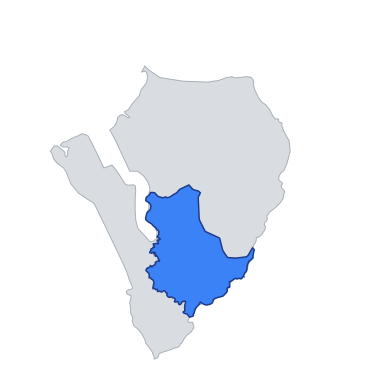 where Tambacounda sits in Senegal, rotated 64°
{"feature_id": "SEN-779", "entity_name": "Tambacounda", "entity_type": "Region", "adm_level": 1, "iso_a3": "SEN", "parent_name": "Senegal", "parent_adm1": "", "projection": "natural_earth1", "projection_center": [-13.251, 14.045], "detail": "fine", "context": "in_parent", "style": "filled", "palette": "blue", "viewbox_px": 384, "rotation_deg": 64, "n_neighbors": 0, "source": "natural_earth", "source_scale": "10m", "svg_char_len": 8014}
<svg xmlns="http://www.w3.org/2000/svg" viewBox="0 0 384 384"><g transform="rotate(64 192 192)"><path d="M286.6,176.5L290.7,184.7L289.8,188.6L288.9,194.3L291.2,198.5L293.9,201.2L295.9,203.7L298.0,207.2L298.4,214.0L298.0,219.0L299.4,221.2L300.6,224.1L300.4,226.4L299.6,228.5L297.0,231.3L296.5,236.4L300.8,242.6L303.5,246.0L303.5,247.9L304.2,250.1L306.3,252.6L307.5,252.0L308.8,249.9L309.4,248.5L313.1,249.2L314.8,249.8L317.2,253.9L318.0,256.6L318.6,260.0L321.0,264.2L323.2,267.2L323.6,269.1L325.5,271.6L324.4,277.2L324.5,280.1L323.2,287.6L322.9,291.2L323.0,292.5L325.9,295.2L325.6,299.0L322.7,298.3L317.6,297.9L307.4,299.8L303.8,299.0L297.1,299.3L292.4,300.4L286.3,302.9L281.6,302.3L279.0,300.3L275.7,300.4L271.9,299.4L267.9,297.5L264.2,296.6L260.2,293.1L258.4,292.5L257.1,293.4L256.0,294.5L254.8,295.2L252.7,294.6L251.9,292.3L252.6,290.0L252.8,288.3L251.7,287.3L249.3,287.0L245.4,287.0L239.1,286.3L237.7,285.8L223.6,285.3L208.9,285.2L196.5,285.1L180.9,285.0L169.9,285.0L159.6,284.9L151.7,289.6L143.1,294.6L131.5,297.3L118.2,296.3L114.0,297.0L109.6,299.2L106.3,300.8L101.8,301.8L95.8,301.0L93.5,301.5L92.0,299.2L90.3,295.5L91.4,292.8L95.0,291.1L100.4,288.8L103.2,289.9L104.9,290.0L105.2,288.5L104.7,287.8L100.6,285.8L98.5,283.1L96.7,284.7L95.2,287.9L93.9,288.9L92.1,289.8L91.1,287.6L90.6,285.4L91.5,283.8L91.1,274.6L91.6,269.7L91.3,265.4L93.9,262.5L96.3,260.8L105.8,260.6L114.7,260.5L123.2,260.6L131.8,260.7L132.7,252.1L135.5,251.4L139.6,250.5L147.2,249.5L155.7,248.5L157.6,246.8L159.0,243.9L159.9,241.4L161.7,240.3L164.0,241.2L167.2,242.5L170.4,244.6L174.1,246.5L176.6,247.7L182.5,250.7L192.7,254.9L201.0,256.6L211.1,253.5L218.4,251.6L219.3,247.9L218.2,244.3L212.8,241.0L205.4,241.3L203.1,242.2L199.7,243.3L197.6,243.8L194.1,243.0L189.7,240.1L186.9,237.3L183.0,235.9L178.4,234.6L171.1,228.6L167.2,227.6L163.5,227.3L156.5,228.4L149.7,231.6L146.0,238.8L139.2,238.7L124.6,238.4L111.2,238.2L100.2,238.7L99.1,233.5L96.5,229.4L92.3,225.8L91.3,222.5L92.8,219.7L96.9,217.3L97.8,215.6L95.7,215.9L92.4,217.4L90.3,217.5L90.0,212.9L86.5,207.1L82.4,197.2L77.9,193.1L74.0,185.1L70.0,182.0L66.3,180.5L63.2,180.8L62.0,184.5L58.1,179.2L63.5,177.3L75.0,170.7L88.3,151.8L100.3,129.3L101.8,124.0L103.3,120.0L104.3,110.8L106.0,105.3L107.6,104.3L109.6,100.1L112.1,92.7L114.8,88.7L117.9,87.9L120.3,88.2L122.0,89.7L127.0,90.7L135.2,91.0L141.6,89.9L146.1,87.4L152.1,86.1L159.4,86.0L163.3,85.0L163.7,82.9L164.6,82.2L166.2,83.1L167.6,82.7L169.0,81.2L170.3,81.1L171.7,82.4L177.8,82.8L188.8,82.3L198.9,86.2L208.2,94.4L213.0,99.9L213.3,102.6L214.8,105.4L217.6,108.2L220.2,108.7L222.5,107.0L224.3,107.1L225.6,109.3L228.2,109.7L231.2,108.4L233.3,108.9L233.7,110.1L234.2,110.8L235.6,111.1L237.5,112.7L240.2,117.1L242.4,123.2L244.1,131.0L246.4,135.3L249.1,136.0L250.7,137.6L251.1,139.5L251.9,140.7L253.2,141.4L255.6,141.0L258.3,143.6L261.3,149.4L261.8,152.0L261.3,153.4L261.5,154.4L263.4,155.3L265.3,157.2L266.8,160.0L270.1,162.6L275.2,164.7L278.8,168.0L281.0,172.4L285.7,176.1L286.6,176.5Z" fill="#d9dde1" stroke="#a8b0b8" stroke-width="1"/><path d="M287.3,178.2L287.7,179.7L288.5,180.6L288.8,181.3L289.1,181.9L289.8,182.2L290.5,182.4L291.0,182.4L290.7,183.0L290.5,183.4L290.5,183.7L290.6,184.3L290.9,184.6L291.3,184.7L291.6,185.0L291.6,185.8L291.4,186.3L290.5,187.2L290.2,187.8L290.1,188.3L290.1,188.9L290.0,189.5L289.6,189.8L288.8,190.4L288.5,191.2L288.6,192.3L289.2,194.5L289.3,195.6L289.2,197.8L289.8,197.9L293.8,199.6L294.1,200.3L293.9,200.9L293.3,201.2L293.6,201.9L294.1,202.5L294.6,203.0L296.3,203.7L296.9,204.2L297.4,204.9L299.0,209.2L299.1,210.4L298.7,212.4L297.8,216.3L297.8,218.5L298.2,219.8L298.9,220.6L299.7,221.3L300.5,222.3L300.8,223.3L300.8,224.3L300.5,226.4L299.8,228.7L298.4,230.4L294.6,232.8L295.2,233.3L295.8,234.3L296.7,236.3L297.3,238.2L298.2,239.9L299.0,240.9L301.6,243.0L301.8,243.4L302.2,244.1L302.5,244.5L302.9,244.7L303.3,244.8L303.7,244.9L304.0,245.5L303.9,246.4L303.3,249.2L300.7,249.7L299.2,250.2L298.1,251.7L296.9,252.6L296.0,252.6L295.8,251.4L295.5,250.3L294.3,249.9L292.8,249.4L291.5,248.5L290.2,247.8L289.1,246.7L287.8,245.8L286.8,246.3L286.8,247.5L286.2,248.2L286.4,249.1L287.7,250.9L288.0,252.1L287.3,253.0L286.2,253.0L284.8,252.7L284.2,253.0L284.0,254.2L283.6,254.8L283.4,255.7L282.8,255.8L282.3,255.4L281.7,254.5L280.7,254.2L279.5,254.5L278.9,255.1L278.6,255.8L277.7,256.0L277.2,256.7L277.1,257.8L276.6,258.8L275.8,259.4L274.4,259.9L273.4,259.7L272.7,259.3L272.1,258.8L271.6,259.3L270.8,259.7L269.9,259.7L269.0,259.9L268.4,260.5L268.4,261.7L268.7,262.9L268.0,263.8L267.0,264.5L266.6,265.4L266.6,266.3L266.0,266.5L265.3,266.2L264.4,266.0L264.0,266.5L263.9,267.4L263.3,267.7L262.5,267.7L262.1,268.1L262.1,268.7L261.7,269.4L260.9,269.1L259.7,268.3L258.7,267.1L258.0,267.1L257.3,266.2L256.4,265.7L253.9,265.7L253.2,266.2L252.2,266.8L251.3,266.8L250.9,267.2L250.5,268.0L249.7,268.0L249.0,267.2L247.8,266.8L246.5,266.6L245.9,266.6L244.6,267.1L242.7,267.8L241.9,267.5L241.0,266.4L240.8,265.1L240.9,263.6L240.8,262.3L239.9,261.9L239.9,261.6L241.6,260.8L241.1,260.3L241.2,259.6L241.4,258.9L241.2,258.2L240.9,257.7L241.1,257.2L240.8,256.8L240.5,256.6L240.2,256.4L240.1,256.1L240.0,255.9L239.7,256.0L239.4,256.0L239.3,255.8L239.2,255.3L239.1,255.0L238.9,254.6L238.9,253.8L239.1,253.4L239.4,252.9L239.9,252.1L239.5,251.3L239.1,251.2L238.6,251.5L238.1,251.8L236.4,251.4L234.6,251.4L234.2,251.7L233.8,252.9L233.3,253.1L233.6,252.0L233.0,251.8L232.1,252.1L231.5,252.5L231.3,252.8L231.0,253.4L230.6,253.5L230.1,253.3L229.8,252.9L230.0,252.1L229.2,252.7L229.2,255.4L228.2,256.0L228.2,256.4L227.7,256.4L227.4,256.3L227.1,256.1L227.0,255.8L226.9,255.4L226.8,255.0L226.7,254.7L225.9,254.3L225.4,254.0L225.3,253.7L225.2,253.4L225.4,252.8L225.4,252.5L225.4,252.1L225.2,251.9L225.0,251.7L224.7,251.5L224.7,251.3L224.7,251.1L225.1,250.4L225.2,250.2L225.2,249.9L225.1,249.7L224.8,249.6L224.2,249.6L223.2,249.9L222.9,249.9L222.6,249.9L222.3,249.8L222.1,249.7L221.8,249.6L221.7,249.3L221.8,249.1L221.9,248.9L222.0,248.7L222.3,248.3L222.3,248.0L222.3,247.7L222.3,247.4L222.3,247.1L222.4,246.8L222.5,246.6L222.6,246.4L223.4,245.5L223.5,245.3L223.6,245.0L223.6,244.9L223.4,244.8L223.0,244.7L222.3,244.4L222.1,244.3L221.8,244.3L221.6,244.4L221.3,244.5L221.0,244.7L220.7,244.8L220.5,244.7L220.2,244.5L220.1,244.2L220.1,243.9L220.1,243.7L220.3,243.4L220.4,243.2L220.5,243.1L220.5,242.9L220.5,242.5L220.7,242.0L220.7,241.6L220.6,241.4L220.4,241.4L219.9,241.4L219.4,241.3L219.2,241.4L219.0,241.5L218.9,241.7L218.9,242.0L218.6,242.4L218.4,242.4L217.9,242.5L217.5,242.7L216.9,243.0L216.8,242.9L216.6,242.5L216.3,241.5L216.1,241.1L215.4,240.4L214.3,239.8L213.2,239.3L212.3,239.1L211.7,239.2L210.8,239.8L210.3,240.1L209.9,240.2L209.1,240.1L208.6,240.1L207.7,240.4L205.7,241.6L203.2,242.2L202.4,242.6L200.0,244.3L197.4,245.4L196.7,245.6L195.9,245.5L194.8,244.9L191.7,242.3L191.3,242.0L190.9,241.5L190.6,240.8L190.0,238.6L189.6,237.6L189.0,236.8L188.2,236.0L186.3,235.0L184.5,234.8L182.7,235.4L180.1,237.1L179.5,237.3L178.9,237.0L177.1,235.8L176.8,235.4L176.0,232.1L175.6,231.2L175.0,230.3L174.3,229.6L174.5,229.0L175.3,227.4L175.8,226.6L176.4,225.9L176.9,225.7L177.4,225.5L178.0,225.5L178.6,225.2L180.6,224.7L180.8,224.5L181.9,223.6L184.4,220.8L184.6,220.6L184.6,220.2L184.7,219.6L184.7,218.7L184.9,217.8L184.9,217.7L185.1,217.6L185.5,217.4L185.9,217.2L186.1,216.9L186.3,216.5L186.7,214.4L186.7,213.5L186.6,212.5L186.2,210.3L186.0,206.4L185.8,205.5L185.2,204.6L184.2,201.3L184.3,191.7L189.7,190.2L191.8,188.5L193.1,186.7L193.9,185.9L194.5,185.6L196.3,184.9L198.2,186.9L198.6,187.9L199.4,188.6L200.1,189.0L219.0,197.2L221.2,197.6L233.1,197.4L233.6,197.1L245.0,187.8L245.3,187.6L245.8,187.4L257.6,189.9L259.4,189.8L266.0,188.9L266.5,188.6L267.0,187.9L270.6,181.7L273.9,172.2L274.0,171.7L274.0,171.3L273.8,170.1L273.5,169.3L268.9,162.4L268.8,162.0L269.3,162.0L270.6,161.5L271.3,161.4L271.7,161.5L272.1,161.9L272.6,162.7L275.0,164.3L275.8,165.0L276.2,165.3L277.3,165.6L277.7,165.9L278.1,166.3L278.3,166.8L279.3,170.9L279.3,171.5L279.9,171.9L281.4,173.9L282.2,174.6L284.9,176.1L287.3,178.2Z" fill="#3b82f6" stroke="#1e3a8a" stroke-width="1.5"/></g></svg>